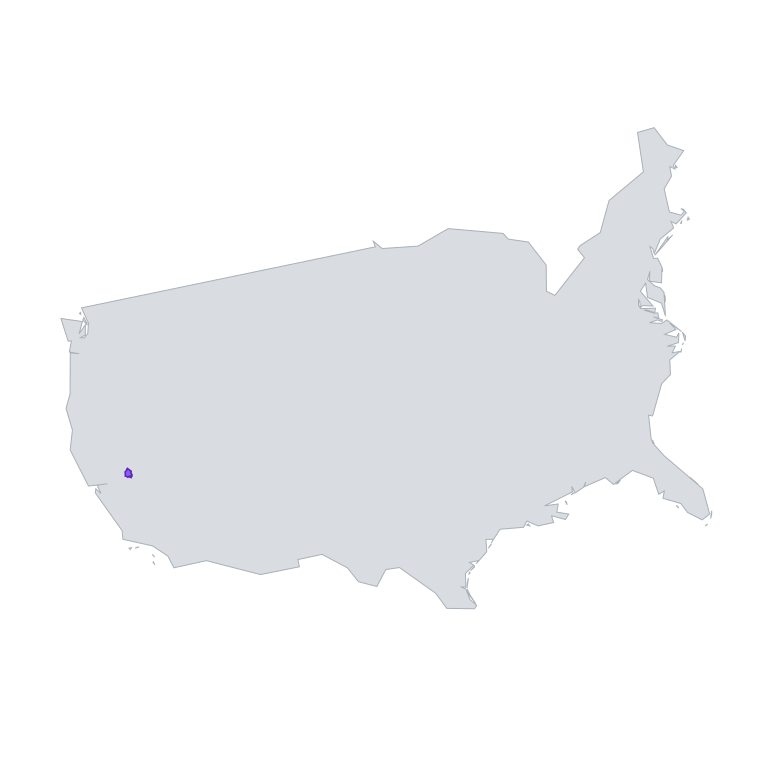 Alpine, California, United States of America shown in context, rotated 355°
{"feature_id": "52423323B67588574079428", "entity_name": "Alpine", "entity_type": "district", "adm_level": 2, "iso_a3": "USA", "parent_name": "United States of America", "parent_adm1": "California", "projection": "albers", "projection_center": [-119.752, 38.63], "detail": "fine", "context": "in_parent", "style": "filled", "palette": "violet", "viewbox_px": 768, "rotation_deg": 355, "n_neighbors": 0, "source": "geoboundaries", "source_scale": "gbopen_adm2", "svg_char_len": 4440}
<svg xmlns="http://www.w3.org/2000/svg" viewBox="0 0 768 768"><g transform="rotate(355 384 384)"><path d="M624.2,220.8L660.9,195.3L658.5,155.5L675.4,152.2L687.1,170.6L702.9,177.7L691.3,191.3L692.6,195.2L687.7,192.3L688.5,202.0L680.1,214.0L683.3,237.5L694.5,241.7L698.3,238.1L695.1,235.2L697.4,236.0L700.1,239.8L688.9,250.0L684.1,247.1L686.1,253.8L671.9,263.6L664.6,277.5L663.5,272.5L660.9,270.3L663.4,282.4L667.5,282.5L671.1,291.9L669.3,307.4L657.4,304.7L658.7,294.9L655.6,302.9L661.9,309.6L667.7,312.4L670.9,317.2L670.3,340.9L667.5,327.7L654.1,320.7L653.4,306.4L647.4,313.9L658.7,329.8L648.5,328.4L646.2,330.2L645.9,323.6L645.0,322.1L644.4,327.6L646.1,331.3L661.0,332.1L660.0,336.5L651.8,333.1L649.3,333.1L659.4,337.0L662.9,337.0L663.4,342.2L658.2,340.6L667.1,344.4L666.1,346.0L661.8,344.0L653.8,346.1L665.8,347.9L671.4,344.8L685.0,357.7L673.9,348.1L679.5,355.2L667.9,359.0L679.5,362.9L682.2,358.8L681.0,368.4L669.4,371.1L677.6,371.6L673.9,378.0L681.6,377.4L670.8,384.9L670.2,399.5L660.6,408.0L648.8,439.2L644.9,438.1L645.3,461.4L646.7,466.5L656.8,479.9L692.5,516.3L697.1,541.9L689.1,547.1L675.3,538.5L669.2,528.9L652.0,522.2L653.9,515.0L648.1,517.8L644.1,501.3L623.8,491.7L603.8,504.1L596.4,496.5L574.9,503.7L576.3,499.2L573.9,504.1L564.8,509.3L562.2,502.3L562.3,507.9L533.3,519.4L547.1,518.7L545.0,526.7L556.7,529.7L553.0,534.8L539.4,529.9L540.9,536.8L525.2,538.8L514.3,533.0L510.6,538.9L487.0,538.8L477.0,551.6L479.5,548.2L472.0,547.7L471.7,560.1L460.2,571.1L462.8,568.1L453.7,569.2L457.7,572.3L448.6,579.8L447.8,593.5L442.6,592.7L447.5,595.1L451.1,606.6L457.1,612.6L454.6,615.8L427.0,613.0L417.4,597.1L383.4,568.2L369.6,569.0L359.2,585.1L341.4,578.8L331.5,563.9L307.4,548.3L282.9,551.4L283.8,558.7L244.4,563.1L191.7,544.5L158.7,548.8L153.7,536.6L139.3,525.1L110.4,516.0L110.3,507.2L86.9,467.3L87.8,463.2L92.5,468.5L89.5,459.8L99.7,459.3L80.7,459.9L65.6,422.3L69.6,402.8L65.1,380.6L70.4,366.5L74.2,325.8L82.9,327.2L73.3,324.7L76.4,313.9L73.1,313.8L67.9,290.6L89.0,295.5L84.6,307.4L91.6,299.0L90.8,309.1L85.7,311.4L89.3,312.0L93.3,307.9L94.9,297.7L89.3,281.8L387.3,246.6L385.8,240.8L394.1,248.9L429.9,249.6L461.5,234.8L515.8,244.4L520.4,250.5L540.1,255.1L555.9,279.6L553.9,305.8L562.0,310.6L594.7,275.7L588.7,266.7L591.3,263.3L612.6,252.0L624.2,220.8ZM678.7,265.4L684.6,260.6L665.0,279.4L679.9,261.6L678.7,265.4ZM90.8,291.6L93.5,298.0L93.3,299.0L89.5,294.1L90.8,291.6ZM456.2,610.7L450.3,601.3L449.0,595.4L451.1,601.4L456.2,610.7ZM693.3,191.1L694.9,194.0L693.5,194.0L693.3,191.1ZM515.5,535.9L516.9,538.1L513.9,537.0L515.5,535.9ZM121.7,526.0L124.9,524.7L125.2,525.1L121.7,526.0ZM118.1,525.1L116.8,526.8L115.7,525.3L118.1,525.1ZM695.0,247.1L694.3,249.9L693.5,249.8L695.0,247.1ZM449.6,589.5L448.9,594.6L451.2,584.5L449.6,589.5ZM681.2,504.1L688.2,511.3L680.3,503.5L681.2,504.1ZM138.8,533.9L140.3,536.5L138.6,534.1L138.8,533.9ZM699.1,542.5L697.6,546.5L699.4,538.8L699.1,542.5ZM688.6,362.6L687.7,367.3L685.8,358.3L688.6,362.6ZM88.0,286.2L88.0,288.1L86.8,287.1L88.0,286.2ZM458.3,574.1L454.0,577.5L458.3,573.4L458.3,574.1ZM701.5,244.3L702.6,246.5L700.4,247.1L701.5,244.3ZM138.8,541.1L140.0,544.2L138.4,541.5L138.8,541.1ZM453.3,579.5L451.6,581.2L452.9,578.9L453.3,579.5ZM671.7,321.3L671.3,327.2L671.2,319.4L671.7,321.3ZM476.1,554.1L473.5,556.8L477.1,552.4L476.1,554.1ZM646.8,463.5L647.9,467.3L646.5,464.9L646.8,463.5ZM682.9,377.4L682.3,378.6L683.6,374.6L682.9,377.4ZM611.2,500.2L608.4,503.5L606.8,503.7L611.2,500.2ZM563.2,509.1L562.7,510.0L560.6,510.6L563.2,509.1ZM665.4,531.0L667.0,533.3L664.5,530.7L665.4,531.0ZM555.6,517.7L555.8,520.3L554.2,516.0L555.6,517.7ZM693.4,552.3L691.5,553.5L694.0,551.5L693.4,552.3ZM671.4,293.7L671.3,296.6L671.2,292.6L671.4,293.7ZM686.0,369.1L685.2,370.5L684.9,370.5L686.0,369.1Z" fill="#d9dde1" stroke="#a8b0b8" stroke-width="1"/><path d="M118.4,452.1L118.3,453.1L118.6,453.0L119.0,453.3L120.7,454.6L120.9,454.4L121.3,454.2L121.6,454.1L121.8,453.9L122.2,453.8L122.4,453.6L123.0,453.6L123.2,454.2L123.1,454.5L123.5,454.7L123.9,455.1L124.0,454.7L123.9,454.7L124.3,454.4L124.1,454.0L124.4,453.8L124.5,453.9L124.9,453.7L124.8,453.3L124.9,453.1L124.9,452.8L125.1,452.6L125.1,452.3L124.9,452.2L124.8,451.7L124.5,451.3L124.4,450.7L124.1,450.6L124.2,449.6L124.4,449.5L124.6,448.9L120.5,445.2L120.7,445.5L120.8,446.0L120.7,446.1L120.8,446.2L120.7,446.4L120.5,446.5L120.5,446.8L120.3,446.9L120.3,447.0L120.0,447.3L120.0,447.7L119.7,447.8L118.4,449.0L118.4,452.1Z" fill="#8b5cf6" stroke="#5b21b6" stroke-width="1.5"/></g></svg>